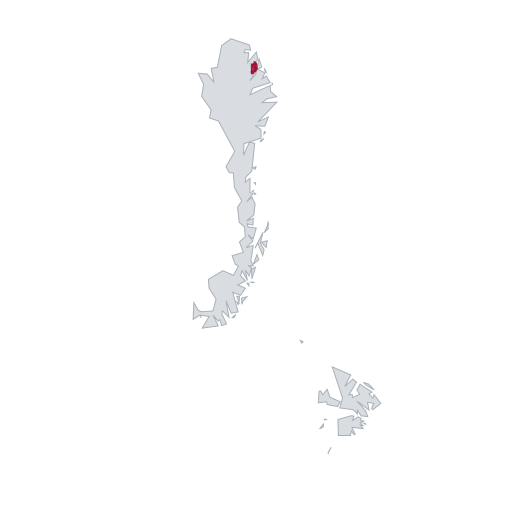 Kvinnherad nor, Hordaland, Norway shown in context, rotated 157°
{"feature_id": "86288312B18833292732183", "entity_name": "Kvinnherad nor", "entity_type": "district", "adm_level": 2, "iso_a3": "NOR", "parent_name": "Norway", "parent_adm1": "Hordaland", "projection": "orthographic", "projection_center": [5.871, 59.959], "detail": "fine", "context": "in_parent", "style": "filled", "palette": "rose", "viewbox_px": 512, "rotation_deg": 157, "n_neighbors": 0, "source": "geoboundaries", "source_scale": "gbopen_adm2", "svg_char_len": 7313}
<svg xmlns="http://www.w3.org/2000/svg" viewBox="0 0 512 512"><g transform="rotate(157 256 256)"><path d="M284.3,247.0L276.1,253.6L278.3,256.3L277.9,265.6L266.2,264.3L265.7,275.4L258.3,278.0L255.2,287.2L258.3,293.6L253.9,308.1L247.5,312.3L249.1,327.4L244.4,341.3L248.0,343.1L248.8,349.8L234.6,360.6L237.8,395.0L244.8,401.1L240.3,408.1L243.6,424.3L237.1,434.5L237.8,446.8L229.8,442.6L226.8,432.1L223.9,446.3L217.9,444.7L205.3,463.2L194.1,465.7L179.6,452.8L180.5,447.5L185.2,450.2L187.7,447.8L183.2,446.0L188.0,437.4L176.0,443.6L177.7,435.9L186.2,432.7L181.7,431.9L185.4,425.0L193.2,419.8L185.6,423.0L176.2,436.0L176.9,427.7L181.3,427.1L176.3,421.1L181.0,416.7L176.1,417.6L175.3,410.1L193.4,411.7L198.4,406.8L176.2,407.4L178.3,401.9L174.8,394.6L184.2,396.4L190.5,394.8L176.7,389.5L201.8,378.7L190.3,379.1L197.2,372.0L206.1,376.4L202.0,370.7L205.2,362.5L223.2,364.1L228.1,353.7L217.4,363.5L213.2,360.2L226.7,335.8L234.4,332.8L237.1,328.1L231.2,329.8L236.7,316.8L234.5,314.4L243.3,309.7L236.7,311.7L236.5,304.2L241.9,294.7L250.9,292.0L243.8,291.7L246.7,285.7L251.7,289.1L251.9,285.9L244.9,281.6L252.0,272.8L255.1,278.7L253.0,271.0L261.7,267.5L254.4,266.8L262.6,253.8L262.5,248.0L266.9,250.1L264.6,247.2L270.1,240.3L271.4,247.1L273.4,236.9L274.7,247.9L277.9,243.9L275.4,237.1L284.0,236.5L278.4,230.4L285.6,225.9L291.6,231.7L294.3,211.5L301.2,213.1L301.1,226.6L304.8,210.1L308.3,218.6L310.0,216.1L309.7,205.0L314.9,205.4L314.1,211.5L316.3,210.9L318.6,218.2L318.1,206.4L333.7,210.6L322.7,218.7L330.8,223.5L338.6,222.3L331.4,237.4L330.5,228.9L328.0,226.0L317.2,222.2L309.6,231.9L311.8,244.7L309.0,253.1L292.2,255.4L284.3,247.0ZM215.9,64.5L221.8,67.9L222.8,75.1L224.3,70.9L226.6,76.6L238.2,83.4L231.9,91.3L229.1,124.1L215.3,109.5L225.4,101.1L215.0,104.9L212.8,100.6L224.6,92.0L221.6,90.9L222.3,88.0L214.7,88.1L215.3,93.4L210.3,97.2L202.4,85.4L206.0,85.0L203.9,79.3L201.5,82.3L198.7,71.6L208.3,68.9L209.3,70.5L205.3,74.3L210.5,77.8L212.2,70.0L219.7,82.9L215.6,70.6L215.9,64.5ZM224.9,55.3L234.6,60.7L234.5,53.0L235.7,53.6L236.4,57.7L239.3,53.9L250.3,58.6L244.5,73.5L230.5,71.7L228.5,70.3L231.4,66.8L224.8,68.0L222.6,65.5L224.1,63.3L220.7,62.0L225.2,61.6L223.8,58.1L226.0,59.5L224.9,55.3ZM239.7,85.6L248.5,91.4L248.2,94.4L256.1,96.5L250.8,106.8L249.1,106.5L248.9,102.2L242.6,105.5L243.1,97.0L235.3,88.8L239.7,85.6ZM249.3,267.1L254.0,263.5L240.2,275.2L246.8,266.4L246.1,258.7L249.6,253.9L249.3,267.1ZM254.9,251.4L261.6,249.6L254.6,256.8L254.9,251.4ZM260.8,245.9L268.7,236.6L265.4,245.4L260.8,245.9ZM199.6,86.5L205.0,94.2L206.4,97.7L202.3,94.0L199.6,86.5ZM243.3,259.8L245.6,266.6L239.7,265.7L243.3,259.8ZM287.8,217.0L285.7,222.8L280.2,222.0L285.6,219.6L287.8,217.0ZM289.5,220.3L289.5,226.4L287.0,225.4L289.5,220.3ZM233.8,276.5L239.2,274.3L233.7,279.5L233.8,276.5ZM266.6,46.7L261.5,50.7L266.6,46.3L266.6,46.7ZM260.8,72.4L265.1,72.0L259.6,75.0L260.8,72.4ZM297.3,210.2L300.4,207.8L302.0,208.6L297.3,210.2ZM291.4,218.2L291.6,221.4L289.8,219.1L291.4,218.2ZM274.2,231.4L274.9,234.5L273.2,233.7L274.2,231.4ZM247.9,157.9L248.2,160.9L246.2,158.8L247.9,157.9ZM257.7,78.6L255.7,78.8L255.1,77.8L257.7,78.6ZM223.1,336.1L224.5,338.6L221.1,338.2L223.1,336.1ZM267.7,232.2L269.8,232.9L271.3,234.5L267.7,232.2ZM221.0,58.2L222.2,60.0L220.9,59.4L221.0,58.2ZM206.8,360.6L202.7,361.0L206.9,359.3L206.8,360.6ZM201.1,365.1L199.7,367.3L198.9,366.2L201.1,365.1ZM232.9,280.4L231.3,283.0L232.8,278.6L232.9,280.4ZM175.5,422.1L175.0,425.6L174.7,421.0L175.5,422.1ZM233.0,315.0L232.0,313.1L233.1,313.1L233.0,315.0ZM330.4,220.5L331.0,223.0L330.7,222.6L330.4,220.5ZM234.3,316.9L232.2,317.6L234.7,316.3L234.3,316.9ZM228.5,322.2L228.9,324.2L227.8,323.7L228.5,322.2ZM174.5,407.2L173.4,409.3L173.7,407.5L174.5,407.2Z" fill="#d9dde1" stroke="#a8b0b8" stroke-width="1"/><path d="M188.5,425.5L187.9,425.3L187.4,425.4L187.4,425.5L187.2,425.5L187.1,425.4L186.7,425.5L186.0,426.4L185.9,426.6L186.0,426.6L186.1,426.8L185.9,427.1L185.5,427.2L185.4,427.3L186.0,427.2L186.4,426.9L186.5,426.8L186.6,426.5L186.7,426.3L186.9,426.3L186.8,426.5L186.8,426.9L187.0,426.9L187.1,427.0L186.8,427.1L186.6,427.1L186.4,427.2L186.1,427.4L185.8,427.4L185.5,427.6L185.2,427.6L185.0,427.8L184.5,428.1L184.3,428.3L184.4,428.5L184.2,428.8L184.1,429.1L184.0,429.3L184.0,429.5L184.3,429.7L184.2,429.8L184.1,430.0L183.9,430.1L183.9,430.3L183.4,430.2L183.3,430.3L183.0,430.4L183.0,430.5L182.9,430.5L182.4,430.6L182.2,430.7L182.2,430.9L182.1,431.0L182.0,431.3L182.1,431.5L181.9,431.7L182.0,431.7L182.0,431.8L181.8,431.8L181.9,431.7L181.7,431.6L181.8,431.8L181.5,432.0L181.4,431.9L181.4,432.0L181.2,432.1L181.2,432.3L181.3,432.4L181.5,432.4L181.4,432.3L181.5,432.3L181.5,432.2L181.5,432.4L181.5,432.5L182.0,432.4L182.1,432.5L182.3,432.6L182.2,432.6L182.3,432.7L182.4,432.8L182.4,433.0L182.5,433.2L182.8,433.4L182.9,433.5L183.1,433.6L183.2,433.4L183.3,433.4L183.4,433.2L183.6,433.2L183.8,432.8L183.9,432.4L183.9,432.1L184.0,431.9L184.1,432.0L184.0,432.3L184.1,432.5L184.0,432.9L183.8,433.2L183.8,433.4L184.0,433.6L184.3,433.9L184.6,433.8L184.8,433.7L184.9,433.8L184.9,433.6L185.0,433.6L185.0,433.4L185.2,433.2L185.2,433.3L185.3,433.4L185.4,433.2L185.5,433.2L185.3,432.7L185.4,432.4L185.3,432.2L185.4,431.9L185.5,431.8L186.1,431.5L186.2,431.2L186.3,431.1L186.2,431.0L186.1,430.9L186.3,430.8L186.5,430.9L186.6,430.7L186.8,430.3L186.9,430.1L187.0,429.5L187.1,429.3L187.7,428.2L188.5,427.2L188.6,426.2L188.3,425.8L188.5,425.5ZM183.0,427.5L182.6,428.1L182.6,428.3L182.5,428.2L182.5,428.4L182.4,428.5L182.2,428.7L181.9,428.6L181.7,428.5L181.7,428.4L181.5,428.6L181.5,428.8L181.6,429.1L181.6,429.3L181.8,429.3L182.0,429.1L182.0,429.3L181.9,429.5L182.0,429.6L182.3,429.4L182.4,429.1L182.5,429.1L182.4,429.3L182.5,429.4L182.5,429.5L182.8,429.5L182.9,429.4L183.2,429.1L183.4,428.7L183.5,428.5L183.4,428.5L183.4,428.4L183.5,428.2L183.4,428.2L183.5,427.9L183.4,427.7L183.4,427.3L183.3,427.2L183.0,427.5ZM184.1,426.3L183.9,426.4L183.5,426.8L183.6,427.0L183.6,427.4L183.7,427.5L183.8,427.6L184.0,427.6L183.9,427.7L183.9,427.8L183.9,428.0L183.9,427.9L183.9,428.1L184.0,428.1L183.9,428.0L184.1,427.9L184.3,427.5L184.5,427.4L184.5,427.2L184.7,426.9L184.7,426.6L184.5,426.4L184.3,426.3L184.1,426.4L184.1,426.3ZM181.0,432.7L180.7,432.8L180.9,433.1L181.1,433.1L181.1,433.3L181.3,433.3L181.5,433.2L181.4,433.2L181.5,433.1L181.6,433.3L181.7,433.5L181.7,433.4L181.9,433.4L181.8,433.6L181.7,433.7L181.8,433.8L181.8,434.0L181.7,434.1L181.8,434.4L181.8,434.5L182.0,434.4L182.1,434.2L182.2,433.9L182.3,433.9L182.2,433.7L182.4,433.8L182.7,433.8L182.7,433.7L182.5,433.4L182.4,433.3L182.3,433.2L182.2,433.2L182.3,433.3L182.1,433.2L181.9,433.2L181.7,433.1L181.8,433.0L181.7,433.1L181.8,432.9L181.6,432.8L181.6,432.7L181.4,432.8L181.5,432.9L181.5,433.0L181.4,433.2L181.2,433.2L181.3,433.1L181.2,432.9L181.0,433.0L181.0,432.9L181.0,432.7ZM181.0,434.0L180.9,434.2L180.9,434.3L180.9,434.5L181.1,434.6L181.3,434.7L181.4,434.8L181.4,434.7L181.5,434.8L181.6,434.7L181.5,434.4L181.3,434.3L181.4,434.2L181.2,434.2L181.0,434.0ZM183.7,429.6L183.2,430.0L182.8,430.1L183.2,430.1L183.3,430.0L183.5,429.9L183.7,430.0L183.8,429.9L183.7,429.6ZM181.2,433.8L181.3,434.1L181.5,434.2L181.6,434.3L181.6,434.2L181.6,433.9L181.5,434.0L181.5,433.9L181.4,433.9L181.2,433.8ZM182.8,430.2L182.7,430.3L182.2,430.6L182.3,430.6L182.5,430.5L182.6,430.4L182.8,430.4L182.7,430.3L182.8,430.3L182.8,430.2Z" fill="#f43f5e" stroke="#9f1239" stroke-width="1.5"/></g></svg>